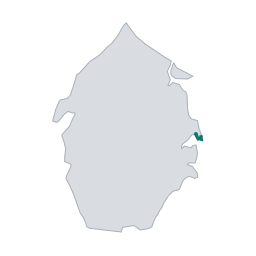 Western Area Urban, Western, Sierra Leone shown in context, rotated 187°
{"feature_id": "65957751B7442620669158", "entity_name": "Western Area Urban", "entity_type": "district", "adm_level": 2, "iso_a3": "SLE", "parent_name": "Sierra Leone", "parent_adm1": "Western", "projection": "equal_earth", "projection_center": [-13.216, 8.449], "detail": "fine", "context": "in_parent", "style": "filled", "palette": "teal", "viewbox_px": 256, "rotation_deg": 187, "n_neighbors": 0, "source": "geoboundaries", "source_scale": "gbopen_adm2", "svg_char_len": 3593}
<svg xmlns="http://www.w3.org/2000/svg" viewBox="0 0 256 256"><g transform="rotate(187 128 128)"><path d="M203.5,125.6L203.4,127.7L202.0,137.4L199.7,145.7L198.3,147.7L191.9,149.9L189.2,153.6L186.9,165.3L185.4,174.6L183.2,176.2L173.9,189.5L167.7,194.6L163.5,199.0L159.4,204.7L154.4,210.2L148.9,219.5L145.0,229.2L142.4,232.2L140.3,229.5L131.0,219.9L121.2,213.5L100.2,202.8L93.3,199.8L93.5,196.0L95.9,189.1L92.0,180.9L93.5,175.0L92.0,175.0L89.0,178.6L82.6,177.5L78.4,172.5L74.9,170.6L73.4,168.0L71.2,154.6L69.6,148.6L66.4,144.8L60.0,143.9L57.3,135.7L53.8,129.4L54.4,125.5L57.3,125.7L59.5,128.5L63.2,129.7L67.7,122.8L71.8,119.1L72.7,115.9L72.2,114.1L69.8,116.9L63.0,116.1L61.3,118.6L58.3,119.4L56.0,111.4L56.1,106.7L57.1,101.5L63.9,100.6L64.5,98.9L59.7,97.8L53.8,91.8L52.8,87.6L55.7,86.2L58.5,86.8L60.9,87.7L63.6,86.2L66.0,83.9L67.5,81.0L69.5,73.2L75.9,70.5L79.6,65.7L83.2,58.3L84.8,53.0L86.3,50.4L87.2,48.2L87.9,45.7L89.5,43.4L91.2,37.9L92.3,32.8L96.0,30.4L103.5,28.3L110.3,31.9L121.3,28.8L121.9,24.0L131.9,23.9L143.8,23.9L153.7,23.8L157.1,25.1L158.4,28.6L161.6,34.1L165.1,37.9L169.3,46.3L174.2,56.1L179.6,64.9L183.0,69.7L183.4,71.4L183.1,73.3L181.5,77.8L180.0,82.7L180.2,84.5L181.2,85.4L186.8,86.9L187.3,92.3L187.3,99.8L190.0,106.8L192.6,112.0L192.5,113.8L186.2,122.6L183.8,131.3L182.6,133.8L182.1,135.7L183.3,136.7L185.1,136.1L187.5,136.8L189.8,137.1L192.9,133.9L198.0,125.9L199.7,124.9L203.5,125.6ZM91.2,196.4L90.5,198.2L87.2,193.8L69.9,187.3L74.8,183.9L86.7,182.9L90.3,184.9L91.9,186.6L92.5,189.7L91.2,196.4Z" fill="#d9dde1" stroke="#a8b0b8" stroke-width="1"/><path d="M60.7,130.1L60.8,130.1L61.0,130.1L61.0,129.9L60.9,129.7L60.7,129.6L60.4,129.6L60.3,129.4L60.2,129.3L60.1,129.1L59.9,129.0L59.9,128.9L59.8,128.5L59.8,128.4L59.7,128.3L59.7,128.1L59.5,127.8L59.5,127.7L59.3,127.6L59.2,127.6L59.1,127.4L59.0,127.2L58.9,127.1L58.8,126.8L58.7,126.7L58.5,126.4L58.4,126.3L58.4,126.2L58.1,126.2L58.2,125.9L57.9,125.9L57.7,125.8L57.4,125.9L57.3,125.7L57.2,125.6L57.1,125.4L57.2,125.5L57.3,125.4L57.3,125.2L57.2,125.3L57.1,125.2L56.9,125.0L56.6,125.0L56.3,125.2L56.2,125.3L56.2,125.2L56.0,125.3L55.9,125.2L55.7,125.2L55.6,125.3L55.5,125.5L55.4,125.5L55.4,125.4L55.2,125.2L54.9,125.1L54.8,125.3L54.8,125.5L54.7,125.7L54.6,125.4L54.5,125.5L54.4,125.5L54.4,125.4L54.5,125.3L54.4,125.2L54.2,124.9L53.9,125.0L53.8,125.3L53.7,125.4L53.7,125.5L53.8,125.5L53.7,125.5L53.7,125.8L53.6,126.0L53.5,126.3L53.4,126.2L53.5,126.0L53.5,125.9L53.4,125.9L53.4,125.7L53.3,125.4L53.4,125.2L53.5,125.1L53.8,125.1L53.7,125.0L53.4,124.9L53.2,124.9L53.1,124.7L52.9,124.7L52.9,124.8L52.7,124.8L52.6,124.7L52.5,124.8L52.5,125.0L52.8,125.2L52.9,125.4L53.0,125.9L53.1,126.0L53.2,126.3L53.3,126.5L53.3,126.8L53.4,127.0L53.4,127.3L53.5,127.7L53.5,127.8L53.4,127.8L53.4,128.2L53.4,128.4L53.4,128.6L53.5,128.6L53.8,128.6L54.0,128.7L54.0,128.8L54.2,128.7L54.3,128.8L54.3,128.7L54.5,128.7L55.3,128.8L55.3,128.7L55.3,128.3L55.2,128.2L55.2,127.9L55.1,127.6L55.0,127.4L55.3,127.2L55.8,127.6L56.1,127.5L56.3,127.3L56.3,127.1L56.1,126.9L56.3,126.8L56.2,126.8L56.3,126.7L56.3,126.8L56.3,126.7L56.3,126.4L56.3,126.2L56.2,126.1L56.2,125.8L56.3,125.7L56.3,125.8L56.4,126.0L56.6,126.1L56.7,126.3L56.7,126.5L56.8,126.6L56.9,127.0L57.0,127.2L57.0,127.3L57.3,127.6L57.6,128.2L57.9,128.7L58.0,128.8L58.5,129.6L58.4,129.6L58.4,129.8L58.5,130.4L58.6,130.5L58.8,130.8L59.0,130.9L59.1,131.0L59.3,131.1L59.3,131.3L59.5,131.3L59.8,131.4L59.9,131.5L60.0,131.5L60.2,131.4L60.3,131.4L60.4,131.1L60.5,131.1L60.4,130.8L60.4,130.7L60.5,130.4L60.7,130.5L60.8,130.5L60.8,130.4L60.7,130.2L60.7,130.1Z" fill="#14b8a6" stroke="#0f766e" stroke-width="1.5"/></g></svg>